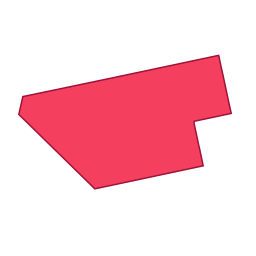 SVG path tracing the border of Ghanzi, rotated 168°
{"feature_id": "BWA-1191", "entity_name": "Ghanzi", "entity_type": "District", "adm_level": 1, "iso_a3": "BWA", "parent_name": "Botswana", "parent_adm1": "", "projection": "natural_earth1", "projection_center": [20.983, -22.159], "detail": "fine", "context": "isolated", "style": "filled", "palette": "rose", "viewbox_px": 256, "rotation_deg": 168, "n_neighbors": 0, "source": "natural_earth", "source_scale": "10m", "svg_char_len": 603}
<svg xmlns="http://www.w3.org/2000/svg" viewBox="0 0 256 256"><g transform="rotate(168 128 128)"><path d="M24.2,180.2L24.2,175.5L24.2,167.7L24.1,159.8L24.1,152.0L24.1,145.2L24.1,138.4L24.1,131.5L24.0,124.7L24.0,120.8L33.0,120.8L41.9,120.8L50.8,120.8L59.7,120.8L61.9,120.8L62.4,119.1L62.4,117.3L62.4,114.6L62.4,112.0L62.4,109.4L62.4,106.8L62.4,104.2L62.4,101.6L62.4,98.9L62.4,96.3L62.3,93.7L62.3,91.1L62.3,88.5L62.3,85.9L62.3,83.2L62.3,80.6L62.3,78.0L62.3,75.4L63.0,75.4L173.1,75.4L232.0,164.0L224.3,180.6L141.2,180.3L24.9,180.2L24.2,180.2Z" fill="#f43f5e" stroke="#9f1239" stroke-width="1.5"/></g></svg>